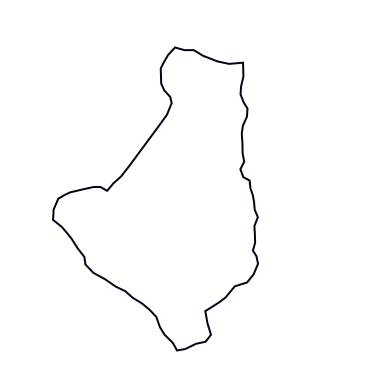 União Paulista, São Paulo, Brazil (Mercator projection), rotated 129°
{"feature_id": "56859067B29027932517440", "entity_name": "União Paulista", "entity_type": "district", "adm_level": 2, "iso_a3": "BRA", "parent_name": "Brazil", "parent_adm1": "São Paulo", "projection": "mercator", "projection_center": [-49.89, -20.889], "detail": "fine", "context": "isolated", "style": "outline", "palette": "ink", "viewbox_px": 384, "rotation_deg": 129, "n_neighbors": 0, "source": "geoboundaries", "source_scale": "gbopen_adm2", "svg_char_len": 1150}
<svg xmlns="http://www.w3.org/2000/svg" viewBox="0 0 384 384"><g transform="rotate(129 192 192)"><path d="M59.4,233.7L69.1,243.8L74.5,254.4L79.2,269.2L80.6,279.9L86.5,287.1L90.3,296.1L100.7,296.8L109.6,295.4L115.7,294.0L127.1,284.2L130.5,277.5L131.8,268.8L135.6,263.8L147.6,260.1L164.1,259.2L211.9,257.1L224.7,256.9L234.7,258.5L244.5,258.7L245.7,266.3L250.1,271.7L261.9,281.0L268.9,286.4L274.7,289.2L281.3,291.7L292.7,288.5L301.1,282.4L301.1,271.0L302.5,263.5L304.1,256.2L307.8,245.2L310.2,234.7L315.4,229.2L316.9,217.8L314.5,204.6L313.5,191.6L311.1,181.6L311.5,171.5L310.1,160.9L310.2,151.1L311.5,141.2L317.3,131.7L320.1,123.6L321.4,111.7L324.6,103.9L318.2,98.4L307.5,93.4L299.8,87.2L291.0,87.4L284.3,97.3L276.2,106.7L267.5,103.7L259.8,101.2L252.7,99.5L238.4,99.4L227.7,92.3L217.2,92.3L206.2,95.5L201.3,101.6L199.2,107.8L191.7,111.0L185.1,116.7L179.3,122.0L170.1,125.0L166.3,132.1L160.7,137.5L156.3,142.6L152.3,149.0L146.8,154.5L148.2,161.4L143.9,168.7L135.6,170.5L130.1,177.0L122.8,183.1L115.1,190.2L108.4,194.2L98.9,196.7L92.2,201.4L89.9,208.1L85.6,215.7L78.9,220.4L69.8,224.8L59.4,233.7Z" fill="none" stroke="#020617" stroke-width="2"/></g></svg>